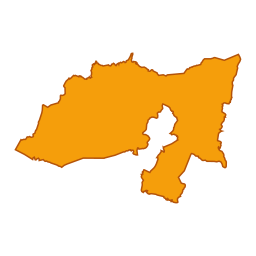 Ejutla, Jalisco, Mexico (Mercator projection)
{"feature_id": "50627088B36966342842371", "entity_name": "Ejutla", "entity_type": "district", "adm_level": 2, "iso_a3": "MEX", "parent_name": "Mexico", "parent_adm1": "Jalisco", "projection": "mercator", "projection_center": [-104.07, 19.901], "detail": "fine", "context": "isolated", "style": "filled", "palette": "amber", "viewbox_px": 256, "rotation_deg": 0, "n_neighbors": 0, "source": "geoboundaries", "source_scale": "gbopen_adm2", "svg_char_len": 5833}
<svg xmlns="http://www.w3.org/2000/svg" viewBox="0 0 256 256"><path d="M238.4,54.4L224.3,60.3L214.9,57.6L214.1,57.6L213.2,58.1L210.7,58.8L204.6,58.8L203.4,59.8L202.0,62.1L201.2,62.9L200.7,64.5L197.0,65.5L196.7,65.3L195.4,66.0L194.3,66.0L192.4,66.8L192.2,67.1L191.5,67.0L190.5,67.6L189.8,67.6L189.0,68.8L187.9,69.2L187.5,68.9L186.9,69.2L183.9,73.4L167.3,74.9L166.0,76.0L163.3,74.8L158.7,75.4L157.3,73.7L157.1,72.9L153.2,71.0L152.6,69.9L151.6,69.8L149.8,71.3L149.1,71.2L148.1,70.8L148.4,69.8L146.6,68.7L146.1,68.1L144.2,67.1L141.5,67.4L140.8,66.9L139.5,66.4L137.4,64.1L136.4,64.1L136.4,63.7L135.7,63.3L136.0,62.5L136.5,62.5L135.9,61.9L133.5,61.5L133.0,62.2L131.8,61.7L131.3,59.7L131.9,58.4L131.9,57.0L132.8,54.2L132.7,53.3L131.8,53.4L131.3,53.7L130.3,56.4L128.8,59.1L128.3,59.9L126.4,60.8L126.0,62.1L125.1,62.6L124.7,62.0L123.5,61.5L121.7,62.8L120.5,62.3L118.9,63.5L118.8,64.0L118.5,63.2L117.1,64.0L116.0,65.6L115.4,65.2L114.4,63.9L113.4,63.3L112.9,63.9L111.6,64.3L111.2,65.4L110.6,65.9L109.0,65.6L108.6,64.9L103.0,66.0L102.2,65.4L100.7,65.4L99.4,64.4L98.6,64.4L98.1,63.3L96.9,62.8L96.5,61.4L96.0,61.2L95.4,62.5L95.7,63.3L95.0,63.8L94.6,63.6L94.1,63.7L94.3,64.6L94.1,64.7L93.2,64.2L92.3,65.0L92.7,67.0L92.0,67.4L91.7,69.6L91.0,70.3L91.6,72.4L91.5,74.6L91.0,75.5L91.6,77.3L90.8,77.4L90.5,78.1L90.2,78.1L89.3,76.9L89.1,77.4L86.8,78.4L86.8,79.2L86.6,79.3L85.4,79.0L84.9,79.2L82.7,77.4L81.5,76.8L81.3,76.4L80.7,76.6L80.2,75.9L79.2,75.9L78.9,76.8L75.3,75.4L74.7,75.8L73.6,75.4L70.8,78.2L69.6,79.0L69.0,78.1L68.8,78.2L68.6,78.9L66.2,81.1L65.3,82.6L63.7,85.8L63.9,86.6L65.0,87.7L65.2,93.7L63.7,95.1L62.1,95.5L60.9,95.2L60.6,95.4L60.4,95.8L60.4,98.9L59.4,101.1L58.6,101.8L58.5,102.8L50.9,105.0L47.7,107.3L43.4,104.8L42.6,105.2L42.3,110.4L41.8,112.9L39.4,120.3L38.4,122.2L38.6,123.3L36.4,129.9L35.7,130.3L34.8,133.3L33.2,134.1L33.0,134.9L33.4,136.2L33.0,136.8L31.5,137.3L30.7,137.2L29.7,136.5L28.6,137.0L27.3,136.9L26.8,137.3L26.7,137.8L25.8,139.1L25.1,139.5L24.0,139.3L21.5,140.1L21.0,139.7L15.4,149.7L24.5,154.4L32.7,159.5L33.2,157.7L34.3,157.2L35.2,159.8L36.0,159.9L36.7,159.0L38.4,158.2L39.2,159.2L39.2,160.5L43.3,159.6L44.5,160.9L45.2,161.3L46.7,161.1L47.7,161.8L50.2,162.4L50.8,162.9L55.8,164.6L58.0,165.5L58.3,166.0L60.5,166.5L61.7,167.3L64.2,165.3L67.1,164.0L83.2,158.1L104.2,158.2L104.4,158.0L115.1,155.2L123.5,151.9L124.8,151.9L126.4,150.8L127.8,150.9L128.8,150.1L130.0,149.8L130.4,149.8L130.4,150.4L131.4,150.9L132.0,150.1L133.3,150.4L133.7,151.4L133.0,153.2L133.6,154.0L136.1,154.9L137.5,154.9L136.9,150.5L137.6,148.0L138.4,148.1L138.3,148.6L138.9,149.1L141.9,148.7L142.2,148.5L143.3,148.7L145.3,148.1L146.3,147.4L147.5,145.7L148.0,144.1L147.4,143.5L147.2,142.3L149.5,139.5L149.7,138.7L149.4,137.8L148.1,136.0L145.7,134.6L143.3,134.4L142.7,133.4L142.8,132.7L145.4,130.5L146.3,129.2L146.7,124.1L147.9,121.9L148.0,120.2L149.6,118.7L149.7,118.2L151.8,117.1L153.8,117.2L156.4,118.2L157.6,117.6L157.8,115.6L157.3,113.2L158.6,112.0L159.9,112.1L160.5,111.8L161.3,110.2L162.6,108.8L162.7,108.3L162.2,105.7L162.8,104.0L163.5,104.2L168.3,106.5L169.8,107.7L170.8,110.2L171.5,110.7L171.7,111.2L172.7,111.2L173.1,111.6L173.2,112.2L172.7,113.3L173.5,114.1L174.0,115.5L175.7,117.0L176.7,117.3L176.9,118.5L177.6,120.4L174.8,124.3L174.2,127.0L173.7,127.6L173.6,129.2L173.2,130.3L172.5,131.3L170.1,133.5L171.3,133.9L171.6,134.7L174.0,134.2L175.1,134.9L175.9,135.0L176.4,135.7L176.9,135.8L176.8,136.4L177.5,136.3L177.8,137.1L177.3,139.4L177.8,139.9L171.7,143.8L164.3,146.9L163.8,147.5L163.3,147.1L163.5,148.8L164.3,150.6L164.2,151.9L163.9,152.1L163.3,151.4L161.2,150.6L161.5,151.6L160.8,152.1L159.8,153.8L158.5,155.0L156.8,157.6L157.7,157.6L158.0,159.2L156.3,164.0L155.1,166.4L153.8,168.1L150.7,171.0L149.8,172.5L144.4,169.9L143.8,169.9L143.1,171.7L142.5,171.8L142.4,172.3L142.9,172.7L142.6,173.2L142.7,174.2L141.3,174.4L141.8,175.6L141.3,176.7L141.6,177.6L143.4,180.2L142.1,182.4L142.3,185.0L141.3,190.1L141.8,191.5L143.2,192.4L143.5,191.8L143.4,192.6L143.6,191.5L144.7,191.4L145.2,190.8L145.9,190.5L146.5,190.6L146.7,190.4L147.5,190.7L147.0,191.5L146.2,191.4L146.2,191.9L147.7,193.2L147.6,193.4L148.7,194.0L149.7,194.1L149.9,193.8L151.7,193.7L155.9,194.3L157.2,195.0L163.8,196.6L163.9,197.5L164.4,198.0L166.0,198.6L165.9,199.5L167.2,200.1L167.8,198.7L168.9,200.2L170.4,200.3L172.1,199.9L172.2,200.1L171.2,201.5L172.7,201.6L173.8,202.3L176.0,202.7L177.3,202.6L177.9,202.1L177.4,200.0L177.6,198.5L178.6,197.3L180.6,196.3L180.3,195.6L180.4,194.9L182.0,193.1L182.7,191.1L182.7,190.1L183.8,189.0L183.9,188.3L184.9,187.2L185.3,185.8L185.1,184.6L184.5,184.0L181.7,183.3L181.2,183.0L178.4,177.3L184.3,170.8L190.6,155.0L191.1,154.0L191.7,153.5L194.1,154.4L195.7,156.0L198.4,156.3L198.4,157.1L199.0,157.9L200.0,158.2L202.1,160.2L203.0,160.5L205.3,160.2L206.9,161.3L214.2,161.4L216.7,161.8L219.0,161.2L220.9,161.9L222.1,164.0L222.8,166.5L224.5,167.6L225.4,167.6L225.9,167.1L226.2,166.3L226.3,162.0L225.8,160.8L225.0,159.8L224.7,158.2L223.7,156.4L223.9,155.4L223.6,154.0L221.9,151.4L220.1,150.7L219.3,150.0L218.4,148.3L218.3,147.3L218.5,147.0L219.6,148.6L220.3,147.7L220.3,147.0L221.0,145.4L220.5,143.6L221.0,143.4L221.2,142.4L220.5,141.6L217.6,140.6L217.6,139.5L218.5,133.8L218.9,133.0L220.8,131.5L222.0,131.1L220.9,130.8L219.7,129.3L220.8,128.8L221.8,127.5L222.2,126.2L221.2,124.8L221.3,124.2L222.3,122.5L223.7,121.1L224.3,119.3L224.3,117.1L225.4,117.1L225.1,116.4L225.8,114.9L225.1,113.8L222.0,111.8L222.0,110.0L222.5,108.6L222.2,106.6L222.9,105.9L222.2,104.2L223.1,103.9L223.4,103.3L224.2,102.9L225.1,102.9L226.9,103.6L228.9,103.8L229.9,101.9L230.3,102.1L230.6,99.9L231.2,99.5L231.2,98.1L231.9,97.7L231.5,96.1L231.7,91.9L232.9,85.2L232.4,84.9L232.3,82.0L233.5,80.1L233.5,78.6L233.8,77.7L236.1,74.7L237.3,69.3L237.6,68.7L237.5,67.2L237.2,66.4L238.4,63.7L239.8,61.5L240.6,59.2L239.8,57.0L238.4,54.4Z" fill="#f59e0b" stroke="#b45309" stroke-width="1.5"/></svg>